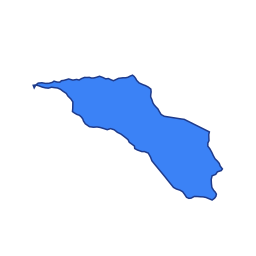 Santa Fé do Sul, São Paulo, Brazil (Robinson projection), rotated 105°
{"feature_id": "56859067B91056337618895", "entity_name": "Santa Fé do Sul", "entity_type": "district", "adm_level": 2, "iso_a3": "BRA", "parent_name": "Brazil", "parent_adm1": "São Paulo", "projection": "robinson", "projection_center": [-50.955, -20.266], "detail": "fine", "context": "isolated", "style": "filled", "palette": "blue", "viewbox_px": 256, "rotation_deg": 105, "n_neighbors": 0, "source": "geoboundaries", "source_scale": "gbopen_adm2", "svg_char_len": 1893}
<svg xmlns="http://www.w3.org/2000/svg" viewBox="0 0 256 256"><g transform="rotate(105 128 128)"><path d="M136.2,161.6L135.0,158.2L134.7,155.1L134.8,151.1L135.0,147.6L133.1,144.7L133.3,140.8L134.9,137.2L135.7,133.2L137.0,130.0L139.2,125.0L141.5,123.0L142.5,120.3L143.8,117.1L146.1,116.2L146.8,113.3L147.2,108.4L146.5,106.0L147.0,101.9L150.2,98.8L153.5,96.4L155.7,93.4L165.5,79.7L168.2,76.1L173.6,68.7L174.4,65.5L174.6,61.7L175.4,58.7L177.4,56.2L179.8,53.5L180.2,51.0L179.4,48.9L177.0,46.3L176.2,43.1L175.7,40.3L175.1,37.7L174.9,34.7L175.8,28.1L173.4,26.2L171.3,25.4L169.0,25.5L167.3,27.2L166.1,29.1L163.7,31.6L160.2,33.0L156.2,34.3L152.4,34.4L150.1,31.3L147.2,30.3L145.0,26.9L143.1,26.2L140.9,29.1L138.6,30.7L136.9,33.0L135.2,36.0L132.7,38.4L129.8,40.8L126.8,43.7L124.9,46.2L121.8,47.0L119.3,46.5L116.4,47.4L113.4,48.3L110.7,48.4L105.1,75.9L105.5,79.0L107.3,96.0L106.4,99.5L103.9,102.1L101.8,104.1L100.2,106.8L98.7,109.0L97.2,110.5L94.4,112.3L92.2,114.1L90.3,114.6L87.2,115.0L84.5,116.0L83.2,119.0L82.5,122.2L82.3,124.6L81.6,128.9L79.8,131.9L78.1,133.5L76.7,135.3L75.8,137.3L77.2,139.2L79.1,141.3L80.2,143.5L80.8,145.8L81.6,147.8L82.5,150.0L84.7,152.6L86.1,154.3L85.8,157.0L85.3,159.8L86.3,162.2L85.7,165.4L85.4,168.9L87.0,171.3L88.5,173.9L89.2,176.3L89.1,178.5L89.8,180.6L90.4,183.1L92.4,185.8L94.3,187.6L94.4,190.2L96.0,193.6L96.0,198.0L97.6,200.6L98.7,202.5L99.5,204.5L101.4,205.8L102.0,208.4L101.9,211.6L103.5,212.9L105.3,215.9L106.3,219.3L106.6,222.9L107.9,226.4L110.3,228.2L110.3,225.1L110.7,221.5L110.6,218.1L110.1,215.2L108.4,212.4L108.1,209.8L107.6,206.4L108.1,203.2L109.2,200.6L110.6,196.5L112.7,194.3L114.8,190.6L117.1,188.0L119.5,187.4L123.6,186.4L126.5,185.9L127.3,183.8L128.1,181.0L128.3,178.2L129.6,175.7L131.1,173.9L132.8,172.8L135.0,170.3L136.7,165.6L136.2,161.6ZM113.5,229.0L110.3,228.2L111.3,230.6L113.5,229.0Z" fill="#3b82f6" stroke="#1e3a8a" stroke-width="1.5"/></g></svg>